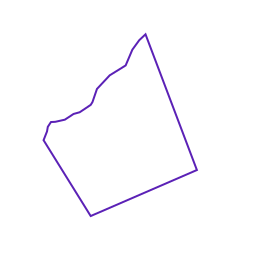 10 Ramadan 1, Al Qahirah, Egypt (orthographic projection), rotated 16°
{"feature_id": "37247803B47496652532681", "entity_name": "10 Ramadan 1", "entity_type": "district", "adm_level": 2, "iso_a3": "EGY", "parent_name": "Egypt", "parent_adm1": "Al Qahirah", "projection": "orthographic", "projection_center": [31.717, 30.222], "detail": "fine", "context": "isolated", "style": "outline", "palette": "violet", "viewbox_px": 256, "rotation_deg": 16, "n_neighbors": 0, "source": "geoboundaries", "source_scale": "gbopen_adm2", "svg_char_len": 397}
<svg xmlns="http://www.w3.org/2000/svg" viewBox="0 0 256 256"><g transform="rotate(16 128 128)"><path d="M50.2,163.0L114.4,221.1L116.4,222.9L205.8,149.4L119.0,33.1L116.7,37.0L114.6,40.5L110.6,51.5L108.5,68.5L95.9,82.4L87.4,99.0L86.7,112.8L85.8,116.0L77.2,126.2L71.8,129.5L65.0,137.4L56.4,142.1L52.3,143.5L50.6,149.0L51.1,153.6L50.2,163.0Z" fill="none" stroke="#5b21b6" stroke-width="2"/></g></svg>